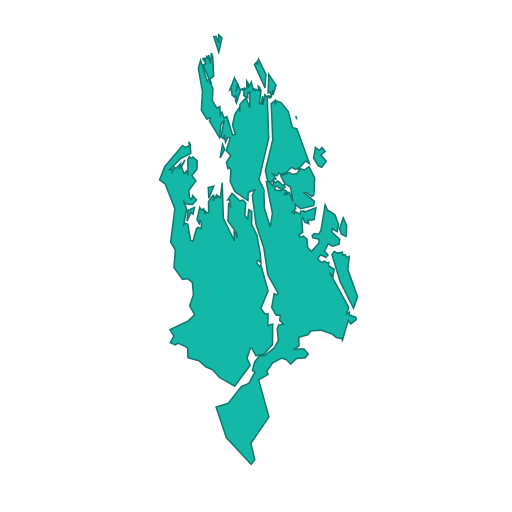 outline of Nærøy nor, Nord-Trøndelag, Norway, rotated 107°
{"feature_id": "86288312B32212303283583", "entity_name": "Nærøy nor", "entity_type": "district", "adm_level": 2, "iso_a3": "NOR", "parent_name": "Norway", "parent_adm1": "Nord-Trøndelag", "projection": "mercator", "projection_center": [11.614, 64.899], "detail": "fine", "context": "isolated", "style": "filled", "palette": "teal", "viewbox_px": 512, "rotation_deg": 107, "n_neighbors": 0, "source": "geoboundaries", "source_scale": "gbopen_adm2", "svg_char_len": 6113}
<svg xmlns="http://www.w3.org/2000/svg" viewBox="0 0 512 512"><g transform="rotate(107 256 256)"><path d="M353.4,208.9L346.2,201.7L346.3,196.4L349.2,191.3L342.1,187.2L339.0,179.1L334.5,177.4L330.8,183.0L334.0,192.0L329.2,188.6L321.3,191.4L316.0,183.1L311.5,181.6L307.9,171.9L308.4,160.5L310.5,155.1L309.8,150.0L311.3,148.7L290.4,149.0L293.3,145.6L287.5,141.5L285.3,142.8L285.1,149.6L282.4,150.3L284.8,152.3L278.0,152.3L249.9,181.1L252.9,176.5L245.8,177.3L244.0,183.8L240.8,184.5L241.9,185.7L240.8,188.8L242.9,191.6L240.8,196.1L235.9,194.7L236.9,188.8L233.8,187.5L231.6,191.9L223.1,190.5L224.4,185.9L220.4,180.0L215.6,180.8L211.0,190.5L207.5,191.3L209.1,185.5L201.6,186.3L193.5,192.6L191.4,199.6L192.3,200.1L186.9,204.8L212.6,201.4L216.8,202.5L217.6,207.0L220.3,208.3L222.0,206.8L221.5,200.7L225.2,199.6L235.5,204.4L232.8,209.1L225.0,212.2L223.1,216.6L225.1,219.0L223.3,221.0L219.6,218.3L207.8,223.0L205.9,222.5L209.4,219.2L209.7,215.0L206.8,216.8L204.2,211.0L192.3,212.8L200.0,222.6L198.8,223.3L200.3,226.5L203.2,226.0L202.0,231.9L204.4,231.8L203.7,234.4L199.3,231.8L195.0,233.9L197.7,227.2L191.0,215.7L186.6,216.2L181.6,228.5L180.5,226.4L182.8,220.2L180.7,218.5L164.2,222.7L155.1,231.4L159.5,234.8L159.6,239.4L164.9,240.7L167.4,245.1L166.4,248.5L172.1,255.8L178.3,249.7L180.2,243.0L193.2,236.6L185.5,242.7L185.8,245.8L187.7,243.8L188.9,246.8L185.0,245.8L184.2,249.2L186.4,251.3L187.3,257.1L184.0,258.1L183.2,256.4L184.8,252.1L181.7,248.2L179.6,249.9L180.4,251.8L177.7,257.0L180.2,258.7L178.8,261.5L183.8,260.1L184.2,260.6L181.5,263.9L181.9,267.9L210.6,252.7L224.0,250.9L207.8,262.0L190.1,267.9L182.1,275.5L139.7,278.3L101.1,291.6L99.8,291.2L100.9,289.0L99.8,288.3L99.0,290.4L100.4,292.7L99.2,294.7L109.6,293.7L101.1,296.5L109.0,295.5L109.0,297.3L95.3,299.8L96.7,300.0L93.7,301.8L93.0,303.5L97.0,301.6L96.6,304.7L97.9,304.8L96.5,306.9L98.3,307.3L90.9,311.3L97.5,312.5L93.5,313.6L91.4,316.0L98.5,313.8L100.4,315.9L99.4,315.7L98.1,316.3L101.1,316.3L100.0,317.7L100.8,318.8L101.6,315.7L106.2,314.6L107.1,310.2L101.2,312.1L102.6,310.7L101.1,309.8L116.0,305.3L107.7,311.9L115.8,315.7L122.9,313.6L119.8,315.6L126.7,317.7L137.8,316.7L145.7,311.3L147.2,313.7L131.1,324.7L133.4,326.8L128.6,330.6L131.7,331.3L123.6,334.3L126.1,336.6L120.1,343.2L108.2,346.2L102.5,351.8L104.2,348.9L100.6,351.9L96.3,349.1L78.4,355.5L74.9,358.0L85.2,355.8L77.7,360.0L81.3,359.4L79.5,361.5L83.0,361.8L81.9,363.3L82.9,364.5L86.8,360.0L88.6,362.4L100.3,352.8L103.1,353.8L85.0,366.2L93.4,366.0L114.4,355.3L132.5,350.9L139.5,343.0L137.1,340.2L140.6,339.9L153.4,325.5L140.4,328.0L135.3,326.2L152.3,324.2L153.3,321.2L149.4,321.6L156.1,318.5L150.7,317.6L150.7,315.1L164.0,315.3L167.2,309.5L175.0,311.7L180.6,308.4L179.1,307.6L181.0,305.2L192.4,302.4L200.5,295.1L205.3,279.9L197.5,282.0L193.0,276.6L199.3,277.2L225.8,265.2L245.8,251.0L270.5,239.2L285.4,223.8L287.0,224.4L286.7,227.6L300.7,225.9L306.7,219.4L305.5,215.3L310.4,214.7L313.2,210.0L315.4,214.2L319.1,214.5L330.4,209.9L338.7,211.8L348.6,218.5L350.4,223.4L357.4,226.3L366.5,226.0L367.2,223.1L379.9,225.6L385.0,231.8L404.8,239.4L412.1,250.0L438.5,231.2L456.6,199.7L451.2,197.6L436.6,206.1L406.1,196.6L373.6,217.3L365.7,209.8L363.0,212.0L353.4,208.9ZM386.7,238.3L362.2,229.6L356.4,234.7L346.2,234.5L345.2,233.3L351.4,226.9L347.3,219.5L335.8,214.3L316.3,220.1L319.1,224.4L307.8,227.5L308.8,230.5L304.8,236.0L285.7,234.3L263.0,248.9L264.9,249.6L262.5,253.3L259.2,253.1L261.0,249.3L253.0,252.4L235.8,261.2L227.3,269.3L214.6,273.1L213.8,276.5L223.2,274.7L220.3,278.7L208.5,281.2L206.2,284.7L207.9,287.7L203.1,297.2L210.7,299.5L209.8,297.7L215.7,294.9L214.2,297.4L230.7,293.1L239.5,281.4L244.2,279.1L241.0,281.1L239.6,284.0L248.0,280.9L229.4,298.3L195.8,309.7L210.7,307.1L209.5,310.1L212.4,309.9L209.5,311.6L215.7,313.0L210.4,314.1L210.9,315.1L218.0,317.3L227.9,314.1L229.2,315.2L228.0,317.5L231.1,317.0L226.1,319.9L228.0,321.4L226.0,324.0L238.5,323.1L241.7,319.7L238.2,319.9L239.1,318.4L245.8,316.2L245.6,319.8L247.5,321.0L260.1,320.5L260.1,323.2L245.6,330.5L245.2,332.8L247.4,334.2L231.2,336.1L224.3,341.8L226.7,338.2L225.4,331.8L219.8,329.3L216.7,334.3L220.5,334.1L220.1,336.4L213.0,339.4L201.7,335.4L197.8,340.8L190.1,337.8L182.2,340.1L179.7,345.3L181.7,346.5L180.5,348.7L183.6,349.4L198.8,344.7L195.1,347.2L198.5,348.8L192.6,353.3L184.9,352.0L195.8,354.9L189.9,355.2L195.7,358.2L194.9,360.2L201.9,360.6L197.3,360.7L198.5,363.7L184.9,356.6L176.9,348.4L168.5,351.5L166.4,353.7L169.7,352.0L172.7,354.8L171.9,358.6L197.2,369.4L211.4,370.5L213.7,363.9L234.5,347.4L267.5,341.8L273.9,334.9L291.0,331.1L299.9,319.5L297.7,314.6L299.8,309.2L311.4,304.5L323.0,304.9L330.1,297.5L338.2,302.1L351.6,316.8L356.5,311.1L363.9,312.7L364.6,307.1L362.2,305.3L363.1,297.4L364.0,294.4L373.2,291.3L372.9,279.7L376.7,271.5L377.5,264.2L382.7,255.6L386.7,238.3ZM152.1,231.8L122.4,254.1L122.5,258.7L108.4,267.4L102.0,276.7L101.7,281.4L104.6,282.1L101.4,283.1L105.8,286.0L139.9,274.0L171.7,272.0L180.9,266.8L181.2,263.5L176.4,260.9L177.0,258.9L172.6,264.0L173.3,259.4L169.7,258.7L170.8,256.4L167.5,251.5L160.9,248.1L161.6,243.7L159.2,241.2L161.2,241.2L150.7,236.4L152.1,231.8ZM265.4,146.9L242.3,164.1L229.2,166.7L230.9,168.7L228.7,171.3L229.8,173.3L227.1,174.5L229.5,179.2L228.7,182.5L232.6,183.7L256.1,167.9L277.4,147.5L265.4,146.9ZM152.0,219.1L144.9,216.5L140.5,223.5L135.8,220.4L132.9,224.5L136.5,226.4L134.8,230.9L145.7,229.5L151.6,222.7L152.0,219.1ZM92.6,296.5L79.2,299.7L67.0,311.2L72.6,310.9L70.4,312.0L73.3,313.5L92.6,296.5ZM102.5,319.2L97.8,323.0L105.2,323.2L96.9,324.0L91.9,328.7L105.0,329.6L103.7,328.3L109.2,325.9L110.7,322.5L108.7,322.2L110.4,320.5L113.0,321.4L115.4,319.5L102.5,319.2ZM97.1,286.8L86.9,286.8L78.6,296.9L96.4,292.1L94.9,290.7L98.5,288.1L92.6,288.4L97.1,286.8ZM210.9,175.6L200.5,178.1L193.9,183.8L205.7,184.0L210.2,180.7L210.9,175.6ZM72.0,351.2L57.4,352.3L55.4,356.4L63.4,353.9L57.7,358.4L58.6,360.5L72.0,351.2ZM234.4,328.5L227.5,329.0L232.2,334.4L242.8,332.2L233.4,331.0L234.4,328.5ZM214.5,318.0L201.6,316.8L204.5,321.7L214.5,318.0ZM172.7,319.0L163.4,317.1L159.0,320.6L172.7,319.0ZM110.4,258.9L111.3,258.4L113.3,256.9L110.4,258.9Z" fill="#14b8a6" stroke="#0f766e" stroke-width="1.5"/></g></svg>